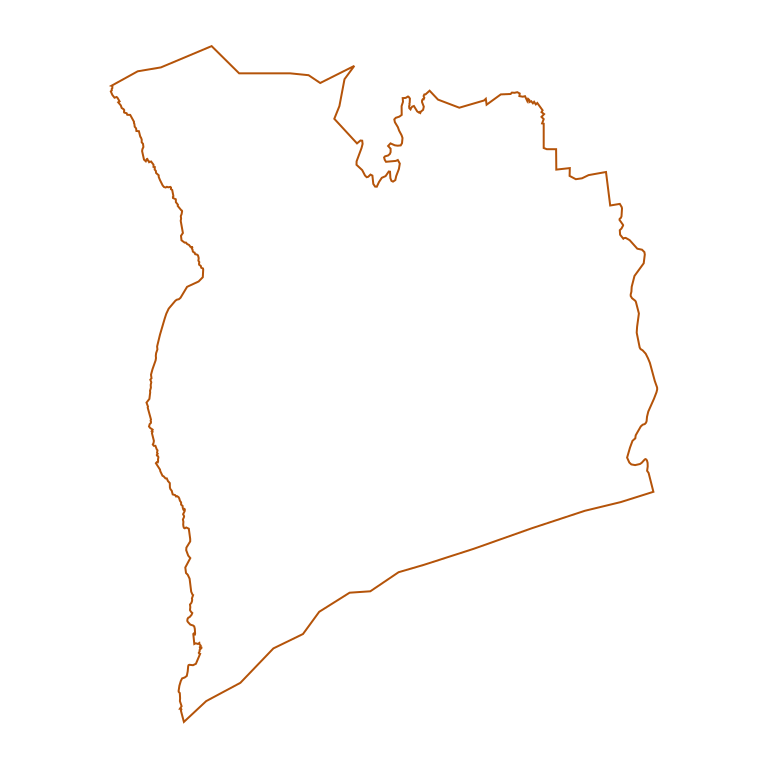 the district of Weija Gbawe Municipal, Greater Accra, Ghana
{"feature_id": "2480657B6669757606157", "entity_name": "Weija Gbawe Municipal", "entity_type": "district", "adm_level": 2, "iso_a3": "GHA", "parent_name": "Ghana", "parent_adm1": "Greater Accra", "projection": "equal_earth", "projection_center": [-0.376, 5.542], "detail": "fine", "context": "isolated", "style": "outline", "palette": "amber", "viewbox_px": 768, "rotation_deg": 0, "n_neighbors": 0, "source": "geoboundaries", "source_scale": "gbopen_adm2", "svg_char_len": 6083}
<svg xmlns="http://www.w3.org/2000/svg" viewBox="0 0 768 768"><path d="M151.9,433.0L153.9,440.9L153.5,443.1L152.8,444.5L153.8,445.8L155.4,445.8L156.8,449.5L157.5,450.3L157.0,452.8L157.7,453.7L156.8,455.0L156.9,455.5L158.1,456.3L158.4,457.3L158.0,459.4L158.1,461.2L157.8,462.3L156.9,462.1L155.9,463.2L160.0,469.6L160.3,471.2L162.5,475.8L163.6,476.3L165.5,478.4L166.8,478.4L167.9,481.0L169.8,483.1L169.9,487.5L170.4,489.1L171.7,490.7L172.7,494.4L175.1,495.1L176.1,496.5L176.9,496.1L178.5,497.1L179.3,498.5L179.9,500.7L181.1,502.4L181.1,504.6L182.6,505.9L182.7,507.5L183.3,509.6L183.6,509.9L184.4,509.0L184.8,509.3L184.7,511.0L183.1,514.2L184.1,516.2L183.9,517.3L182.9,519.5L183.4,521.8L183.2,524.5L183.5,526.7L183.9,527.8L184.8,528.3L186.2,527.5L188.8,528.7L190.2,539.0L190.2,541.4L186.4,547.6L186.2,550.2L188.2,555.6L190.3,558.1L185.3,567.5L186.0,573.0L187.7,574.7L189.6,578.7L191.2,591.7L192.6,594.8L193.1,595.1L191.9,598.5L192.2,599.8L191.9,601.5L191.3,603.0L190.0,604.5L190.3,607.1L190.0,610.1L190.9,611.7L192.3,613.0L191.5,614.9L189.6,617.1L188.3,617.7L187.5,619.0L187.3,620.9L187.8,621.9L190.3,624.6L193.1,625.5L194.2,626.4L194.8,628.8L195.1,633.7L194.9,634.6L194.5,634.6L193.7,633.6L193.3,634.0L194.3,644.0L195.7,643.3L197.9,643.9L199.3,643.0L199.5,644.3L200.7,645.6L200.5,646.5L199.8,647.2L199.9,647.6L201.0,647.3L201.4,647.4L201.5,647.9L199.6,650.0L199.6,651.4L198.8,652.9L199.3,653.6L200.1,653.9L195.9,663.8L193.0,665.2L189.4,664.8L188.6,665.1L188.2,666.1L187.7,671.4L186.8,675.9L184.7,677.5L182.1,678.4L180.8,681.0L179.4,685.7L178.6,691.0L178.7,691.8L179.8,693.1L180.1,698.3L179.9,701.1L181.6,706.2L179.9,708.8L181.2,709.0L181.4,709.4L180.9,710.6L183.9,721.9L206.2,701.1L240.4,682.8L273.4,648.4L303.0,634.0L319.2,611.8L349.6,592.7L370.3,591.3L398.6,572.2L423.7,564.9L473.7,548.8L531.4,528.4L584.8,510.8L620.7,502.1L653.4,491.8L648.6,472.9L647.1,470.8L647.7,466.5L647.6,462.9L647.0,460.7L646.3,459.5L645.4,459.1L644.7,459.5L641.7,462.8L640.0,464.0L635.1,465.1L631.3,464.4L629.3,462.5L627.1,457.6L630.0,447.6L632.5,440.8L635.3,438.3L635.7,435.3L640.8,426.4L642.7,424.7L644.7,424.1L646.0,422.7L646.6,421.1L647.0,416.8L648.3,411.5L654.0,398.7L656.5,392.2L657.2,389.3L657.1,387.5L654.8,381.0L649.9,362.9L648.0,358.3L645.7,353.7L642.6,350.3L640.6,349.1L639.7,347.6L636.7,332.7L637.1,326.7L638.9,313.5L635.9,301.9L635.3,300.8L632.0,298.2L630.7,296.0L630.7,294.4L631.4,291.7L631.7,286.8L634.5,275.9L643.7,263.3L644.8,254.5L644.4,252.1L642.0,249.7L637.3,248.7L629.7,240.2L628.2,239.3L625.7,237.9L624.0,238.1L623.3,238.7L620.1,234.7L619.8,230.2L621.5,228.5L623.1,225.5L623.1,225.0L619.5,219.9L619.7,218.8L620.9,217.8L621.5,216.3L622.0,208.5L621.7,207.1L619.8,203.9L610.2,205.5L606.0,172.0L588.6,175.1L582.0,178.3L575.8,179.2L569.6,175.9L569.8,168.1L556.3,169.6L556.1,149.2L546.8,149.2L543.7,148.0L543.7,123.7L542.1,123.4L543.7,119.1L541.5,116.9L544.1,114.1L541.5,112.1L542.6,110.3L537.3,103.0L535.8,104.4L534.1,101.8L532.9,103.3L531.2,101.2L529.4,102.1L529.3,100.0L528.1,98.9L527.3,101.1L525.0,96.2L522.8,96.7L519.4,96.1L519.7,93.5L517.3,92.2L514.5,92.8L511.9,92.6L510.6,94.0L500.8,94.4L486.6,104.7L485.8,98.8L484.0,100.5L459.3,107.7L438.0,99.6L429.6,90.7L425.5,94.4L424.4,94.4L423.7,95.7L423.7,96.6L424.3,97.8L423.6,99.4L422.8,99.2L422.1,100.3L422.0,102.0L423.8,106.7L423.1,109.8L420.8,111.7L420.3,112.9L419.4,112.1L419.0,112.6L417.2,111.4L413.9,106.0L412.3,106.6L411.2,107.8L410.5,109.4L409.3,108.2L409.1,106.1L409.6,105.0L409.4,103.7L409.7,102.7L409.9,98.5L408.6,96.8L408.0,96.5L405.7,97.9L402.7,98.1L403.0,101.8L401.6,106.1L401.7,114.9L399.4,116.6L395.8,117.8L394.3,119.4L394.9,122.2L397.9,127.2L399.1,130.6L401.6,135.3L402.5,138.0L402.0,143.2L400.7,145.4L397.6,145.7L394.8,145.3L390.5,143.4L388.1,146.0L390.6,148.7L390.6,152.1L389.9,153.9L388.1,155.5L385.1,156.3L384.1,157.4L384.7,159.7L386.0,161.8L395.9,160.9L397.8,160.0L399.8,163.6L398.9,169.0L396.2,176.1L395.3,180.1L393.0,181.6L391.5,180.9L390.4,178.2L390.0,171.7L388.8,171.5L385.6,176.1L381.8,177.8L379.0,182.0L376.8,186.7L375.1,186.6L373.3,183.9L372.4,175.6L370.5,174.6L368.2,176.8L366.7,177.2L365.0,175.5L362.2,170.1L356.5,164.8L356.6,161.3L361.5,148.1L362.6,143.9L362.2,140.7L360.5,140.5L357.0,143.4L334.3,118.8L339.4,106.1L344.5,79.2L354.3,65.9L320.2,83.0L308.6,75.2L289.8,73.3L239.1,73.3L211.6,46.1L160.9,67.4L137.7,71.3L111.4,85.8L112.4,86.1L112.3,88.2L111.7,89.0L111.8,90.4L110.8,91.4L112.4,95.0L114.5,97.7L116.6,97.0L117.4,97.7L119.6,101.4L118.2,102.3L120.8,105.4L121.7,108.0L123.6,109.2L124.2,110.1L124.0,112.1L124.3,112.6L126.6,113.2L127.3,114.8L130.2,114.9L134.0,121.8L133.9,122.9L134.4,124.0L134.7,126.7L136.1,128.4L136.4,131.0L138.9,131.2L140.3,136.8L140.9,137.4L141.7,139.6L141.7,142.3L143.0,143.8L143.4,147.0L142.4,149.2L142.1,151.1L144.0,159.6L145.8,161.3L146.8,159.1L147.2,158.9L147.6,159.4L147.6,160.4L148.6,160.9L149.1,162.2L151.1,161.5L153.5,164.7L153.5,166.9L154.8,167.1L154.7,169.6L155.8,170.8L156.1,173.0L158.7,175.3L158.7,176.9L160.0,180.1L162.7,185.5L164.0,187.0L165.7,187.5L166.9,186.8L168.2,187.3L170.3,186.9L171.0,187.5L170.9,189.1L172.2,190.0L173.4,196.1L172.9,196.9L173.0,198.0L175.8,199.3L175.9,202.2L177.9,204.7L177.7,205.9L181.4,210.4L181.9,210.6L182.1,211.2L181.6,214.1L180.8,216.1L181.1,218.7L180.7,220.8L182.9,233.0L181.0,235.8L181.5,240.3L184.6,242.6L186.0,242.6L187.1,244.0L189.1,245.0L190.5,246.9L192.1,247.0L192.3,247.5L191.8,248.5L192.5,249.5L192.8,251.4L193.5,252.2L194.6,252.6L195.2,254.2L196.8,254.5L198.0,255.4L198.7,258.1L198.4,260.7L199.3,262.1L199.0,264.0L199.2,264.8L200.7,265.8L201.3,267.8L203.0,268.5L203.2,269.6L202.8,277.2L198.6,281.5L187.1,286.8L180.5,297.8L178.9,299.2L176.8,299.7L175.4,300.7L168.7,308.6L166.3,313.7L164.7,318.6L160.0,334.6L157.1,346.5L157.4,349.4L156.1,353.2L155.8,355.9L156.0,358.0L155.6,360.4L152.5,369.2L151.0,374.7L151.5,378.3L150.3,379.7L151.3,382.2L150.7,384.9L150.9,387.7L150.0,390.8L150.2,392.2L149.4,398.9L146.5,402.6L148.0,406.7L147.7,407.6L151.0,419.6L150.6,420.7L151.0,421.8L150.9,422.9L149.7,424.1L149.0,426.5L150.2,428.0L152.6,429.6L151.8,431.0L152.5,431.2L152.6,431.8L151.9,433.0Z" fill="none" stroke="#b45309" stroke-width="2"/></svg>